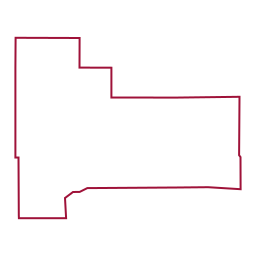 Jackson, Wisconsin, United States of America (Equal Earth projection)
{"feature_id": "52423323B52895096263984", "entity_name": "Jackson", "entity_type": "district", "adm_level": 2, "iso_a3": "USA", "parent_name": "United States of America", "parent_adm1": "Wisconsin", "projection": "equal_earth", "projection_center": [-90.803, 44.334], "detail": "fine", "context": "isolated", "style": "outline", "palette": "rose", "viewbox_px": 256, "rotation_deg": 0, "n_neighbors": 0, "source": "geoboundaries", "source_scale": "gbopen_adm2", "svg_char_len": 391}
<svg xmlns="http://www.w3.org/2000/svg" viewBox="0 0 256 256"><path d="M239.5,96.8L175.5,97.6L111.4,97.5L111.4,67.7L79.5,67.6L79.6,38.0L47.7,37.9L15.6,37.8L15.4,67.6L15.4,157.5L18.5,157.5L18.8,215.2L18.9,218.2L66.1,218.2L65.0,198.0L73.0,192.0L79.7,191.9L87.3,188.1L177.0,187.5L208.1,187.2L240.6,189.2L240.5,157.1L239.1,155.2L239.5,96.8Z" fill="none" stroke="#9f1239" stroke-width="2"/></svg>